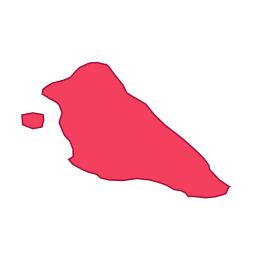 the district of Härnösand, Västernorrland, Sweden, rotated 186°
{"feature_id": "70781695B20063345867362", "entity_name": "Härnösand", "entity_type": "district", "adm_level": 2, "iso_a3": "SWE", "parent_name": "Sweden", "parent_adm1": "Västernorrland", "projection": "natural_earth1", "projection_center": [17.682, 62.713], "detail": "fine", "context": "isolated", "style": "filled", "palette": "rose", "viewbox_px": 256, "rotation_deg": 186, "n_neighbors": 0, "source": "geoboundaries", "source_scale": "gbopen_adm2", "svg_char_len": 959}
<svg xmlns="http://www.w3.org/2000/svg" viewBox="0 0 256 256"><g transform="rotate(186 128 128)"><path d="M61.1,66.1L57.4,66.8L43.1,66.8L33.6,68.9L24.0,72.8L21.6,79.8L21.2,80.2L21.3,80.2L22.0,80.7L31.5,85.8L42.7,95.4L43.9,99.6L49.1,105.2L56.1,111.1L71.8,122.5L90.9,134.3L103.5,144.2L113.0,153.7L126.4,159.6L132.9,162.8L137.5,170.1L148.2,181.0L152.8,186.2L156.1,189.0L156.8,188.7L165.5,189.9L173.3,188.5L182.5,183.0L186.4,178.3L190.3,172.6L197.6,168.5L207.7,164.8L212.6,161.3L216.5,157.6L216.9,153.0L208.2,148.6L202.9,146.6L199.0,144.0L195.1,136.3L197.0,126.2L193.1,118.8L190.2,113.9L184.4,108.8L180.5,101.3L179.5,93.6L183.7,90.6L179.0,86.1L169.1,82.0L162.6,80.0L154.2,78.7L150.0,75.5L141.3,74.4L127.6,75.3L114.2,78.7L101.3,78.7L92.5,77.3L84.1,75.3L75.7,71.7L68.1,71.1L63.9,69.3L61.3,66.6L61.1,66.1ZM213.8,120.0L212.7,126.8L213.8,132.4L224.3,133.0L234.8,129.8L233.1,120.3L222.6,117.4L213.8,120.0Z" fill="#f43f5e" stroke="#9f1239" stroke-width="1.5"/></g></svg>